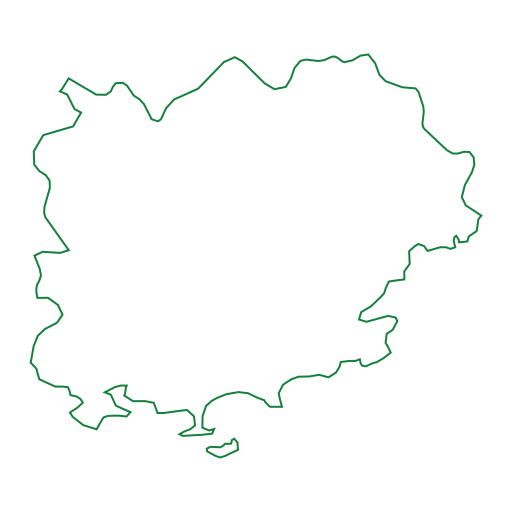 outline of Var
{"feature_id": "FRA-5351", "entity_name": "Var", "entity_type": "Metropolitan department", "adm_level": 1, "iso_a3": "FRA", "parent_name": "France", "parent_adm1": "", "projection": "mercator", "projection_center": [6.264, 43.397], "detail": "fine", "context": "isolated", "style": "outline", "palette": "green", "viewbox_px": 512, "rotation_deg": 0, "n_neighbors": 0, "source": "natural_earth", "source_scale": "10m", "svg_char_len": 2854}
<svg xmlns="http://www.w3.org/2000/svg" viewBox="0 0 512 512"><path d="M481.3,215.6L478.4,219.3L476.7,231.0L468.8,236.4L467.3,241.5L459.1,242.3L458.6,239.4L457.5,237.7L456.2,235.8L454.4,237.3L453.7,241.0L455.2,247.3L450.4,248.9L446.1,247.3L440.4,247.2L427.6,250.9L424.0,246.0L418.4,244.0L414.6,246.3L409.1,251.3L409.7,263.9L404.3,271.4L404.3,279.4L395.8,280.5L388.9,281.5L385.8,288.0L384.1,293.3L380.8,296.9L371.0,306.3L361.2,312.1L359.0,319.5L366.4,321.8L388.1,315.9L395.6,317.5L397.3,321.2L392.7,329.8L386.7,333.9L385.6,342.9L387.9,346.6L390.7,352.6L383.8,358.0L376.7,362.2L372.7,363.2L365.8,366.3L362.0,365.6L360.6,363.2L359.8,359.3L355.5,361.0L349.3,360.9L340.8,362.0L339.5,366.8L336.0,372.6L328.5,377.3L319.1,374.8L309.1,376.5L298.6,376.7L291.4,379.3L283.1,384.6L278.7,393.2L280.0,399.6L282.0,406.8L270.1,406.8L265.4,402.3L264.2,400.2L257.3,397.7L248.0,393.2L238.4,392.1L226.3,394.2L216.9,398.0L211.7,400.9L206.1,405.9L202.6,416.0L202.4,427.7L209.1,430.5L214.1,429.0L212.2,433.6L203.0,434.7L182.8,435.9L179.5,434.2L184.7,431.3L190.5,429.1L195.0,425.5L194.0,416.3L187.0,410.0L180.7,410.7L163.8,413.0L157.5,413.0L153.8,402.8L144.9,401.1L133.1,401.2L124.3,395.6L125.2,392.8L125.8,388.0L126.7,385.6L120.9,385.5L115.2,387.0L104.8,392.3L110.8,394.7L115.9,405.6L121.9,408.4L130.5,412.1L126.5,416.5L118.3,415.6L107.8,415.9L103.3,417.6L96.6,429.3L83.2,425.1L72.9,417.0L69.9,412.5L77.4,407.7L82.8,402.7L80.5,399.0L76.6,396.5L70.5,395.1L69.5,390.9L67.9,387.2L62.3,386.6L55.3,386.6L39.3,379.3L36.3,368.6L31.3,363.2L30.7,362.9L33.6,346.3L37.8,335.8L44.9,329.0L56.9,322.8L62.5,314.7L57.9,304.9L47.9,297.8L37.4,297.9L36.5,293.2L36.3,288.6L37.2,284.4L39.2,280.9L41.0,275.5L39.7,268.9L34.5,255.6L42.7,251.8L60.0,252.9L68.8,250.2L45.4,217.4L44.1,212.8L44.5,206.9L49.9,187.7L49.6,180.6L45.8,175.2L39.4,171.2L34.2,164.6L33.8,151.3L43.3,135.1L73.1,126.4L81.1,112.6L74.5,109.0L67.1,94.4L59.9,91.4L61.8,89.4L68.7,78.4L96.2,94.6L105.8,94.8L110.8,91.4L112.9,86.8L115.8,83.2L122.7,82.8L126.9,85.5L133.8,95.6L139.3,99.2L143.9,104.0L151.6,119.2L157.9,121.3L160.9,119.3L166.3,107.9L174.1,99.5L198.1,88.7L224.0,62.0L234.9,57.2L242.6,61.5L264.6,83.3L274.5,89.2L285.8,86.9L291.0,78.3L294.5,68.0L300.5,60.8L306.3,59.6L318.1,61.0L324.0,60.2L332.1,56.6L335.0,56.6L337.4,57.7L341.9,61.2L344.3,62.2L352.5,60.3L360.6,55.6L368.3,54.5L375.2,63.3L379.4,74.8L385.6,81.2L402.4,87.3L415.6,88.4L418.5,91.9L423.3,106.5L423.8,111.7L422.4,123.6L423.2,127.3L424.8,129.4L446.8,150.1L452.7,153.5L457.9,153.5L463.9,151.8L469.5,152.0L473.7,157.5L474.3,164.9L471.9,172.3L464.9,185.0L461.8,197.1L465.8,205.4L481.3,215.6L481.3,215.6ZM231.8,440.2L234.3,438.7L237.5,442.7L238.0,449.9L230.1,453.5L225.2,455.9L220.2,457.5L215.8,456.0L207.2,451.4L206.7,448.7L210.4,446.8L220.4,447.3L223.5,445.5L224.7,444.0L225.8,443.6L226.8,443.9L231.2,443.6L231.8,440.2Z" fill="none" stroke="#15803d" stroke-width="2"/></svg>